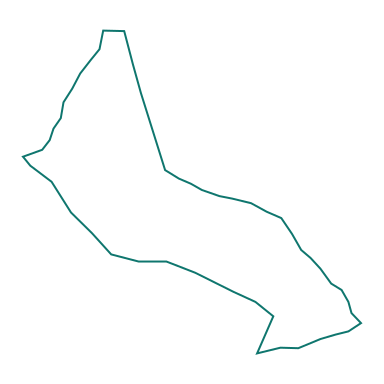 Duas Estradas, Paraíba, Brazil (Mercator projection)
{"feature_id": "56859067B33614214723351", "entity_name": "Duas Estradas", "entity_type": "district", "adm_level": 2, "iso_a3": "BRA", "parent_name": "Brazil", "parent_adm1": "Paraíba", "projection": "mercator", "projection_center": [-35.391, -6.717], "detail": "fine", "context": "isolated", "style": "outline", "palette": "teal", "viewbox_px": 384, "rotation_deg": 0, "n_neighbors": 0, "source": "geoboundaries", "source_scale": "gbopen_adm2", "svg_char_len": 705}
<svg xmlns="http://www.w3.org/2000/svg" viewBox="0 0 384 384"><path d="M298.3,348.2L320.5,339.0L335.5,334.6L348.4,331.4L361.0,323.1L351.5,313.1L348.4,301.9L341.6,290.0L331.2,283.6L320.5,268.8L310.6,258.0L301.2,250.0L292.0,233.9L281.3,218.1L266.6,211.7L251.1,203.2L232.2,198.6L219.4,196.1L201.9,190.0L190.8,183.7L178.9,178.6L165.1,170.1L140.9,93.0L132.9,64.3L124.2,31.1L103.2,30.6L99.5,49.2L90.8,59.9L80.2,73.5L72.2,88.7L63.5,102.3L60.8,118.1L53.5,128.6L49.7,140.1L42.2,149.8L23.0,156.7L30.3,165.7L51.6,181.8L71.0,212.5L92.0,233.2L111.2,254.4L138.5,261.5L166.3,261.5L195.1,272.7L233.6,291.9L255.4,301.9L273.3,316.3L257.1,353.4L280.4,347.7L298.3,348.2Z" fill="none" stroke="#0f766e" stroke-width="2"/></svg>